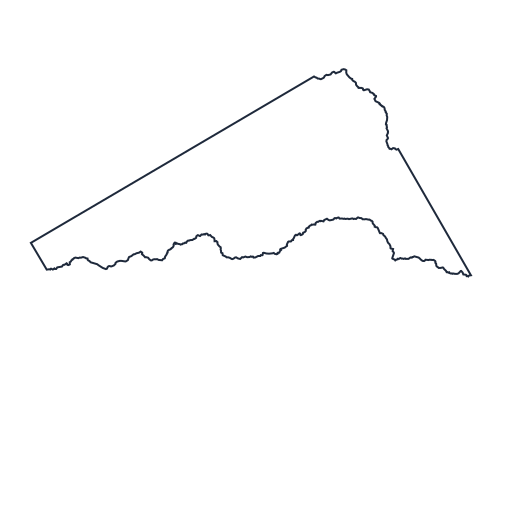 the district of Pehuenches, Neuquén, Argentina, rotated 149°
{"feature_id": "61730980B17144703425543", "entity_name": "Pehuenches", "entity_type": "district", "adm_level": 2, "iso_a3": "ARG", "parent_name": "Argentina", "parent_adm1": "Neuquén", "projection": "robinson", "projection_center": [-69.405, -37.182], "detail": "fine", "context": "isolated", "style": "outline", "palette": "slate", "viewbox_px": 512, "rotation_deg": 149, "n_neighbors": 0, "source": "geoboundaries", "source_scale": "gbopen_adm2", "svg_char_len": 6045}
<svg xmlns="http://www.w3.org/2000/svg" viewBox="0 0 512 512"><g transform="rotate(149 256 256)"><path d="M442.4,352.1L440.0,351.1L439.4,350.4L438.5,350.8L438.1,350.6L437.1,349.0L435.2,349.2L435.0,348.4L433.9,347.8L432.2,348.6L427.8,346.9L426.2,347.6L425.6,347.6L424.7,347.1L422.1,347.3L421.9,346.6L422.2,345.9L422.2,345.5L421.4,344.8L419.9,344.7L418.9,346.6L417.6,346.6L416.3,347.4L415.3,347.3L415.0,347.7L413.8,347.6L413.3,347.9L411.7,347.7L409.3,345.6L408.0,345.5L406.9,344.7L404.8,344.2L403.2,342.4L402.9,341.6L401.7,340.6L402.2,339.5L402.1,338.7L401.3,337.4L401.0,335.8L396.3,330.7L395.8,329.3L393.5,324.7L391.4,322.1L390.3,321.9L388.9,322.9L387.7,323.2L386.5,322.7L385.9,321.9L385.2,321.5L382.7,321.1L380.6,321.6L380.0,322.4L378.6,322.7L377.7,322.7L375.3,322.0L373.7,321.0L370.8,318.6L370.0,318.4L367.9,318.5L366.4,319.8L365.3,320.5L362.9,320.1L360.1,320.5L359.1,320.0L357.0,319.9L354.6,319.1L352.6,319.2L351.8,317.5L351.9,317.1L352.8,316.5L352.8,316.1L352.1,314.3L351.7,312.0L350.9,311.7L349.3,310.0L349.2,308.4L348.5,306.5L347.6,305.9L346.0,306.0L344.8,305.6L343.3,304.6L342.4,304.3L341.5,302.8L338.7,300.7L337.2,301.3L335.4,301.0L334.2,302.3L331.7,303.4L330.9,304.3L330.0,304.4L329.5,305.4L328.7,306.0L327.9,305.9L327.4,306.1L326.0,305.8L325.4,306.0L324.9,305.9L324.3,306.3L323.4,306.2L322.3,306.5L321.2,307.3L320.7,308.4L319.3,309.2L318.6,309.3L318.0,308.7L318.5,307.7L318.0,307.5L317.2,307.5L316.6,306.6L315.1,305.3L314.8,304.6L313.6,304.4L313.1,304.1L312.1,304.4L311.2,303.9L309.8,304.0L309.3,303.3L309.0,303.2L307.8,304.0L306.2,304.2L305.6,303.7L304.2,303.5L302.3,302.5L300.2,302.6L299.9,302.3L298.0,302.4L297.0,303.6L295.3,303.9L294.7,303.4L294.0,302.2L293.6,301.9L291.7,302.5L291.3,302.4L290.6,301.7L289.2,301.5L288.7,300.7L287.9,301.0L286.6,300.5L286.2,299.9L286.2,298.3L285.7,297.9L284.5,297.6L284.0,295.1L283.3,294.2L282.7,293.0L282.7,292.6L283.2,291.3L283.9,290.0L282.3,289.2L282.4,288.8L281.9,287.8L282.7,286.2L282.8,285.4L282.3,282.7L281.8,281.9L282.1,280.8L282.9,280.0L283.3,278.5L284.1,277.0L284.1,276.7L283.3,275.7L284.1,273.8L282.2,271.1L281.9,270.0L280.5,269.2L279.3,267.8L278.4,266.0L278.0,265.6L276.7,265.3L274.7,265.5L273.7,265.1L272.8,263.3L271.1,261.6L268.5,262.2L267.8,261.4L265.4,261.0L264.2,259.5L262.0,258.4L260.7,258.4L260.1,257.5L259.1,257.2L258.8,256.9L258.9,255.9L257.3,255.1L254.2,254.9L252.3,253.8L251.5,254.3L250.2,253.4L249.9,253.4L248.5,255.0L247.7,254.8L245.8,252.8L243.7,251.3L240.5,249.8L239.2,249.5L238.9,248.3L237.5,246.9L236.4,246.7L235.9,247.0L236.0,247.4L235.5,247.5L234.8,247.0L234.3,246.9L233.0,247.9L231.6,248.2L231.8,249.2L231.3,249.4L227.1,248.4L225.0,248.7L224.4,248.6L223.8,249.2L223.6,250.0L221.2,251.6L220.4,251.6L218.7,250.5L218.3,250.5L217.3,251.1L216.0,250.6L215.5,251.4L214.5,251.8L212.1,253.5L210.8,253.6L210.4,252.8L209.9,252.6L207.1,253.0L206.7,252.6L206.7,252.0L207.1,251.0L206.9,250.8L205.3,250.6L204.4,250.8L203.6,251.7L201.9,251.4L200.3,251.9L199.9,252.9L198.4,253.7L196.1,253.2L195.8,253.9L194.0,254.2L193.0,254.0L192.1,254.3L191.5,253.7L190.0,253.2L189.3,252.4L189.0,252.3L187.8,253.6L185.9,253.8L185.2,253.3L183.3,253.3L182.8,253.0L182.7,252.6L182.0,252.5L180.3,250.9L179.0,251.7L176.0,251.4L175.3,249.6L174.5,248.6L172.6,247.9L170.9,247.4L169.2,248.0L168.4,247.6L167.9,246.9L167.4,247.0L165.6,246.6L165.3,246.4L165.1,245.0L162.9,243.8L161.9,242.8L160.9,242.5L160.5,241.8L158.1,240.7L157.3,239.7L154.3,238.7L153.8,238.4L153.4,237.5L152.2,237.1L151.2,236.2L149.0,236.6L148.6,236.5L147.7,235.3L146.1,234.1L145.7,232.6L144.0,231.5L142.7,231.0L140.8,229.2L140.1,228.9L139.7,228.3L139.4,227.3L138.7,226.6L138.4,225.4L139.0,224.3L139.1,223.6L138.6,220.8L139.2,220.0L138.5,219.0L137.4,218.2L137.2,217.3L138.0,211.9L137.9,211.6L136.8,211.1L135.7,209.5L136.0,208.2L135.3,206.2L135.4,204.7L135.2,202.8L135.8,201.1L136.0,199.3L135.5,197.5L135.7,195.2L136.7,193.4L136.6,193.0L134.9,191.4L136.4,189.8L136.1,188.6L136.2,187.5L140.4,183.9L140.4,183.4L139.0,181.5L138.9,180.5L137.5,180.6L136.3,180.2L135.9,180.6L134.9,179.9L133.5,180.0L133.2,179.9L132.5,178.7L131.6,178.3L131.0,177.5L129.5,177.2L129.3,176.5L126.8,175.0L124.3,175.2L123.3,174.3L122.5,174.6L121.8,174.2L120.5,174.2L117.4,170.9L116.9,169.5L116.6,168.1L115.9,166.3L115.4,165.7L114.5,165.1L113.2,165.2L112.6,165.5L110.1,163.6L109.3,163.5L107.4,162.2L107.2,161.9L105.8,161.2L105.0,159.4L105.0,158.9L105.8,157.8L105.5,156.8L106.5,154.7L106.2,153.3L105.7,152.4L105.6,151.7L103.9,150.7L101.8,150.0L101.5,149.5L101.5,148.0L100.8,145.5L100.9,144.0L100.4,143.9L100.0,143.1L98.9,142.6L99.2,142.1L97.9,140.5L97.0,140.2L96.8,139.6L95.6,139.2L94.9,138.4L92.9,137.1L91.4,136.8L88.2,137.7L87.8,137.5L87.4,135.4L87.8,133.4L85.8,131.9L85.5,131.3L85.8,130.6L85.8,130.2L84.7,129.6L84.6,129.3L84.3,129.5L83.2,129.4L81.7,128.8L79.0,274.5L80.8,274.8L81.4,275.8L81.5,276.7L82.9,277.9L84.9,277.7L85.4,278.5L86.3,279.1L86.2,279.7L86.5,281.3L86.1,282.2L86.2,283.2L85.8,283.9L85.2,287.1L84.3,288.2L83.0,288.5L82.1,289.1L81.8,292.0L79.4,293.6L79.3,294.1L78.6,294.9L78.3,298.3L77.4,298.9L77.0,300.4L76.5,300.9L76.8,301.7L76.6,301.8L76.4,302.6L75.8,303.2L73.7,305.0L71.9,307.6L71.6,309.2L70.6,310.6L70.8,312.1L70.5,312.4L70.7,312.8L70.3,313.8L70.4,315.0L69.7,316.4L69.6,317.5L69.9,318.5L70.6,318.9L70.6,319.7L71.0,319.9L71.1,320.9L71.5,321.2L71.4,322.2L71.8,322.5L71.5,323.0L71.7,323.3L71.5,323.5L71.6,323.9L73.8,327.1L73.6,329.7L71.0,330.8L70.7,331.4L71.8,332.9L71.5,333.7L71.8,333.9L72.1,335.7L73.8,337.6L73.6,338.3L73.6,340.6L74.9,341.7L78.2,342.5L78.6,343.4L78.2,344.1L78.2,344.8L79.2,345.9L81.5,347.2L81.6,347.5L81.3,347.9L81.8,349.2L82.0,350.7L82.0,351.3L81.2,352.9L81.3,353.7L81.7,354.8L82.4,355.7L82.8,357.3L82.7,357.9L82.4,358.3L83.1,359.0L83.9,360.9L84.6,365.0L84.2,366.7L82.9,368.7L83.5,369.9L84.6,371.0L86.8,371.6L88.0,370.7L89.4,370.7L92.3,371.4L93.3,371.4L93.6,371.5L94.1,373.5L94.5,373.9L96.3,374.1L98.6,373.2L101.2,374.0L102.3,375.0L104.5,374.9L105.8,374.0L106.6,373.9L109.1,374.1L109.8,374.5L110.5,375.5L111.8,376.4L112.2,377.7L113.0,378.4L113.8,380.0L442.2,383.2L442.4,352.1Z" fill="none" stroke="#1e293b" stroke-width="2"/></g></svg>